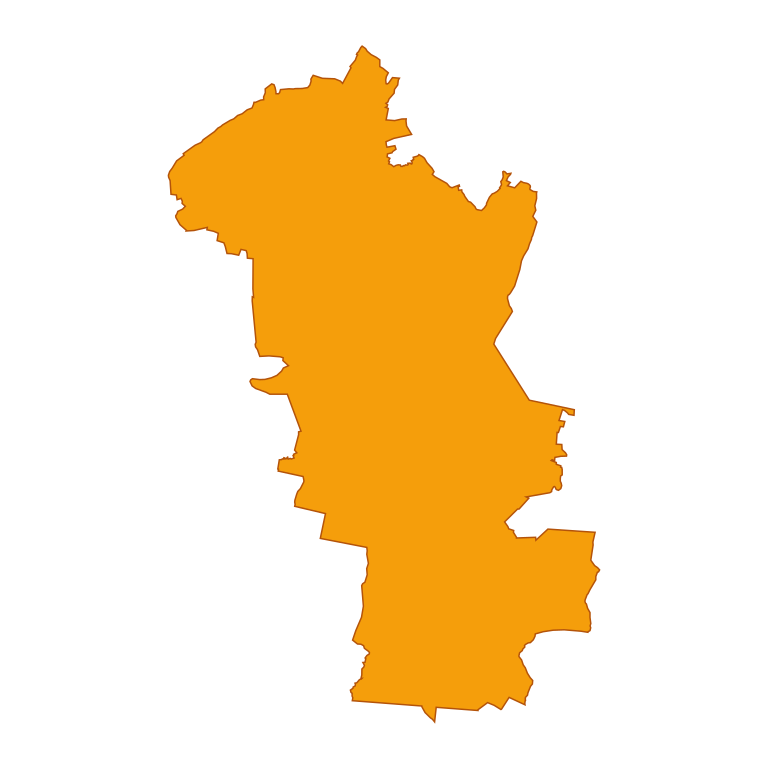 Tileagd, Bihor, Romania
{"feature_id": "2599482B26148898048823", "entity_name": "Tileagd", "entity_type": "district", "adm_level": 2, "iso_a3": "ROU", "parent_name": "Romania", "parent_adm1": "Bihor", "projection": "equal_earth", "projection_center": [22.211, 47.067], "detail": "fine", "context": "isolated", "style": "filled", "palette": "amber", "viewbox_px": 768, "rotation_deg": 0, "n_neighbors": 0, "source": "geoboundaries", "source_scale": "gbopen_adm2", "svg_char_len": 6064}
<svg xmlns="http://www.w3.org/2000/svg" viewBox="0 0 768 768"><path d="M525.0,704.8L524.8,703.4L525.1,701.2L525.5,700.5L525.2,700.0L525.5,699.0L525.2,698.1L525.7,697.1L527.5,695.2L527.9,692.9L530.5,686.3L532.4,684.0L532.7,680.5L530.2,677.7L527.4,673.2L525.3,667.8L523.2,664.8L521.6,660.0L519.0,656.6L518.9,655.8L519.6,652.8L522.3,650.6L522.7,649.2L524.8,647.0L524.5,645.6L525.4,644.5L528.2,642.9L530.4,642.6L533.3,639.8L535.0,636.3L535.3,633.9L543.2,631.7L553.1,630.2L564.1,629.8L581.0,631.2L587.9,632.3L588.0,631.8L590.0,630.6L590.7,627.8L590.1,625.9L590.8,623.5L590.0,617.5L590.0,612.6L587.6,608.3L586.4,604.0L585.5,603.1L584.9,601.3L585.2,599.7L587.1,594.7L588.0,593.7L590.0,589.6L595.8,579.8L595.8,576.6L597.4,572.2L598.5,571.9L599.6,569.9L597.6,567.7L594.6,565.6L590.8,560.2L593.1,545.0L592.9,542.0L595.1,532.3L547.9,529.1L535.9,540.2L535.6,537.3L516.5,538.0L516.6,537.5L513.4,532.3L513.7,530.5L508.7,528.8L507.9,526.6L504.6,521.9L517.5,509.1L519.1,509.0L528.8,498.2L526.2,496.9L549.9,492.7L551.6,491.6L551.8,489.8L553.6,486.8L554.4,486.5L555.2,487.2L556.1,489.3L556.9,489.8L558.5,490.3L560.8,488.6L561.7,485.7L561.2,483.2L560.3,481.2L560.3,478.7L560.6,476.0L562.2,474.9L562.2,469.5L561.7,467.4L560.6,467.2L560.8,465.8L556.3,464.3L556.3,462.5L551.2,460.5L552.1,459.7L554.6,460.7L554.9,457.4L560.7,456.3L566.5,456.1L566.7,454.8L565.5,452.8L562.1,449.6L561.8,444.5L556.3,444.2L557.1,432.4L558.4,432.5L560.4,426.5L563.4,426.8L564.8,421.5L559.0,420.5L562.5,409.6L564.6,410.5L567.4,412.8L568.7,414.4L574.0,415.3L574.3,409.7L529.3,400.2L493.8,344.1L495.6,338.4L512.4,311.5L511.3,308.5L509.4,305.8L507.5,298.6L507.6,296.4L508.2,295.0L509.2,294.5L510.6,292.7L514.6,286.1L519.8,269.6L521.5,260.8L523.7,255.8L528.0,248.8L529.5,243.8L531.4,239.5L531.7,237.4L532.6,235.8L536.9,222.0L532.8,216.4L535.8,210.2L534.8,205.8L536.6,198.5L536.5,193.1L536.8,191.9L533.2,191.4L530.0,189.5L529.9,188.3L530.4,186.9L530.1,185.5L528.5,184.0L526.9,183.3L523.4,182.6L520.9,181.3L514.7,187.8L507.5,185.8L510.3,182.5L506.4,180.6L508.1,176.9L510.5,174.4L510.9,173.3L506.9,173.9L505.2,172.0L503.7,171.3L502.8,171.8L503.2,177.0L502.1,179.9L500.8,181.6L501.5,184.3L501.4,185.1L499.6,187.8L500.1,188.4L497.3,191.3L494.2,193.2L492.2,193.9L489.4,197.3L486.6,203.2L486.4,205.0L484.2,208.0L481.5,210.5L477.0,209.6L476.0,208.9L475.0,206.7L470.6,202.2L468.4,201.5L464.8,196.4L464.0,194.5L461.9,191.8L461.7,189.9L458.7,190.3L458.1,186.7L459.5,186.4L459.2,185.0L452.1,187.7L450.8,187.3L449.6,186.7L446.8,183.4L434.9,176.7L432.3,174.4L434.0,171.7L432.0,168.2L427.0,162.7L424.5,158.3L422.6,156.7L418.9,154.6L418.2,155.6L417.1,156.2L413.2,157.3L413.7,159.4L412.9,159.7L412.7,160.4L411.3,160.7L412.1,162.4L412.0,163.7L411.2,164.0L410.2,163.1L407.8,163.3L408.2,164.6L407.3,165.1L405.4,164.9L404.6,165.7L403.3,165.6L402.6,166.4L400.9,166.4L400.4,165.0L398.2,164.8L396.0,165.4L393.8,166.7L391.0,164.6L388.7,163.8L389.5,161.8L388.5,161.0L389.9,158.3L387.1,156.9L387.5,153.9L392.0,152.8L392.6,151.6L396.0,149.2L394.9,145.7L387.0,147.2L386.3,144.8L386.0,141.7L393.8,138.4L411.6,134.4L406.6,126.0L406.0,121.0L406.2,118.9L401.9,119.0L394.7,120.6L386.1,119.9L388.3,108.5L385.6,107.3L387.1,106.5L387.7,104.8L385.9,103.3L387.9,102.0L389.0,99.0L394.1,93.2L394.5,89.4L397.7,85.0L398.3,80.1L399.4,78.2L392.5,77.6L388.5,83.2L387.1,84.0L386.1,83.7L385.7,80.0L386.3,76.7L388.3,72.8L383.0,68.4L379.8,66.6L379.8,59.9L376.4,57.4L371.1,54.6L367.2,51.2L365.6,48.6L362.1,46.1L360.8,47.5L358.5,51.8L357.3,52.8L356.5,54.4L357.6,55.0L356.7,56.4L355.3,60.2L350.0,66.5L351.0,67.8L342.6,83.4L340.4,81.1L334.7,78.8L322.4,78.3L313.2,75.3L311.1,78.7L310.9,79.4L311.1,81.1L309.9,85.0L307.7,87.6L302.1,88.5L295.3,88.6L293.3,89.0L288.9,88.8L280.5,89.6L279.6,92.7L278.4,93.8L276.0,93.7L275.9,91.5L275.1,87.6L274.0,84.7L271.7,83.9L265.2,88.9L265.3,92.8L263.6,96.9L263.7,99.7L260.7,100.1L255.6,102.3L254.0,102.3L253.4,104.7L252.0,108.0L247.2,109.8L242.1,113.8L237.6,115.5L233.7,118.9L230.3,120.3L222.6,124.9L220.8,126.5L217.9,128.1L214.4,131.7L203.1,139.8L201.8,141.8L200.6,142.7L195.1,145.2L183.2,153.7L184.1,155.3L176.6,160.9L172.2,168.2L169.7,171.5L168.4,175.2L168.6,177.2L170.1,180.6L171.0,194.3L176.4,195.0L177.1,199.7L181.0,198.4L182.3,201.1L182.1,203.4L185.3,206.3L182.6,209.1L177.8,211.4L177.0,213.7L175.7,215.8L175.9,217.5L180.0,224.7L186.4,230.3L186.1,231.0L194.0,230.5L207.3,227.4L206.9,229.8L213.7,231.3L218.3,233.3L217.1,240.6L223.9,242.8L225.3,246.6L227.0,253.5L231.5,253.7L238.7,255.2L241.0,249.4L246.2,250.6L247.1,253.6L247.4,258.2L253.1,258.7L252.9,288.9L253.6,297.4L252.3,296.8L252.2,300.9L256.1,342.2L255.2,344.3L255.6,346.9L257.5,349.7L259.8,356.4L269.0,355.9L280.2,356.8L283.2,357.8L282.9,360.6L288.5,365.7L283.4,368.0L281.6,371.1L276.9,375.4L271.4,377.8L265.0,379.4L259.8,379.6L252.4,378.7L250.7,379.9L250.0,381.5L252.1,385.9L255.7,388.5L265.9,392.2L269.8,394.2L287.3,394.2L301.0,431.2L298.6,431.8L298.6,434.7L294.6,450.1L296.8,452.8L293.6,454.3L293.8,455.3L293.1,455.6L294.1,458.0L291.2,459.0L290.2,458.4L288.2,459.1L287.7,458.7L287.8,457.2L287.5,457.1L286.2,458.8L284.5,458.9L284.8,458.0L283.9,457.7L283.3,459.0L282.3,458.9L281.6,459.6L279.3,459.8L277.8,469.0L278.5,469.2L278.2,471.1L303.1,476.5L303.9,480.5L303.8,481.9L300.4,488.6L297.8,491.4L296.7,494.2L294.9,500.2L294.7,502.1L295.1,504.4L294.7,506.3L325.5,513.6L320.3,538.4L366.8,547.4L367.2,550.7L366.8,554.3L368.4,563.4L366.7,568.6L367.2,574.8L364.9,582.2L362.6,583.8L361.7,585.6L363.4,606.2L361.5,617.3L355.8,630.6L352.6,640.1L357.5,644.0L360.9,644.2L363.6,645.7L364.4,648.3L368.7,651.5L369.5,652.8L369.2,654.0L366.9,655.5L365.1,658.0L365.8,658.6L365.0,662.3L362.9,662.5L364.4,665.2L363.9,666.9L361.9,669.0L361.8,675.0L361.0,678.3L362.0,678.3L361.2,679.1L360.7,679.0L359.3,679.8L356.9,682.7L355.0,683.2L355.4,684.0L355.2,685.9L353.2,687.0L352.9,688.3L350.4,690.1L351.0,692.4L352.1,693.3L352.1,696.0L352.8,697.8L352.3,700.7L421.8,706.0L421.9,706.8L425.1,712.6L430.5,717.9L432.4,719.2L434.6,721.9L436.2,707.3L478.0,710.5L477.9,709.8L487.6,702.6L494.1,705.3L500.9,709.5L501.5,709.2L509.1,697.4L525.0,704.8Z" fill="#f59e0b" stroke="#b45309" stroke-width="1.5"/></svg>